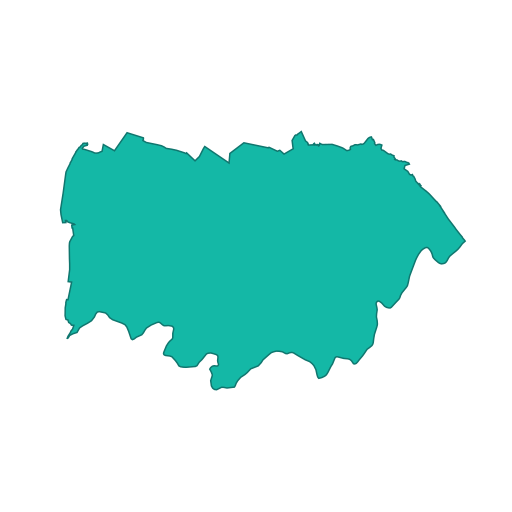 outline of Huanímaro, Guanajuato, Mexico, rotated 11°
{"feature_id": "50627088B31138177943412", "entity_name": "Huanímaro", "entity_type": "district", "adm_level": 2, "iso_a3": "MEX", "parent_name": "Mexico", "parent_adm1": "Guanajuato", "projection": "mercator", "projection_center": [-101.493, 20.365], "detail": "fine", "context": "isolated", "style": "filled", "palette": "teal", "viewbox_px": 512, "rotation_deg": 11, "n_neighbors": 0, "source": "geoboundaries", "source_scale": "gbopen_adm2", "svg_char_len": 6066}
<svg xmlns="http://www.w3.org/2000/svg" viewBox="0 0 512 512"><g transform="rotate(11 256 256)"><path d="M458.5,201.5L457.9,200.9L455.3,198.8L454.8,198.0L452.2,195.9L447.2,191.6L445.5,189.9L437.5,182.8L432.0,177.1L431.9,177.0L432.1,177.0L427.0,171.8L427.3,171.7L422.9,168.1L422.5,168.1L414.5,162.2L413.1,161.3L411.2,160.2L404.0,156.5L404.5,155.5L403.2,154.8L403.3,154.3L402.5,153.9L402.4,154.9L398.5,152.0L397.5,150.1L395.6,147.7L394.9,147.6L394.0,146.2L392.9,147.0L392.7,146.7L391.2,146.6L388.9,144.0L384.7,142.1L385.0,138.7L389.0,136.6L388.2,135.6L387.8,135.6L387.3,135.3L386.5,135.4L384.1,134.8L383.4,134.9L382.4,135.3L381.8,135.4L381.2,135.3L380.9,135.0L380.6,134.9L379.0,135.5L377.5,135.4L376.1,134.8L374.7,135.0L373.8,134.8L374.2,134.1L372.5,132.5L372.4,131.3L370.2,130.9L368.7,130.2L367.7,130.6L366.2,130.5L360.9,128.0L359.2,128.0L358.8,127.2L358.1,126.6L358.4,123.1L357.1,122.8L355.7,122.8L354.0,123.4L352.6,124.5L350.9,123.0L351.0,122.1L349.0,119.2L348.1,119.6L346.6,117.1L345.5,117.5L344.4,118.3L343.5,119.3L340.7,124.8L340.0,125.5L339.4,125.9L338.3,126.3L337.8,126.0L337.6,126.0L336.1,126.8L334.5,127.6L332.8,127.7L331.9,127.9L329.9,129.5L328.9,129.9L328.1,130.4L327.9,131.1L327.8,132.1L328.4,133.1L328.4,133.3L327.2,134.4L325.2,135.2L324.9,135.2L321.0,133.6L319.4,133.2L315.0,132.5L309.4,131.9L300.1,133.9L298.9,133.8L297.1,133.2L297.0,133.8L297.1,134.5L297.0,135.2L296.9,135.2L296.7,135.8L296.1,136.5L296.6,135.0L296.1,134.9L295.4,135.1L295.2,134.9L294.4,135.6L294.1,135.6L293.7,135.2L292.7,135.8L292.0,135.9L291.8,135.6L292.1,134.5L291.8,134.2L291.2,134.9L290.8,136.0L286.3,137.1L285.9,136.1L285.5,136.1L285.3,135.3L285.0,134.9L284.4,134.5L282.8,133.7L282.5,133.4L276.7,125.2L275.2,126.9L273.6,128.5L273.2,129.4L271.8,129.7L271.2,130.4L269.4,135.7L271.4,141.9L272.1,143.6L264.1,150.6L259.2,147.7L257.0,149.1L248.0,146.8L247.4,147.5L222.5,147.2L210.8,160.3L211.8,169.9L184.8,158.3L183.9,160.6L181.5,169.1L178.0,174.2L168.2,168.0L167.8,168.8L166.2,168.4L157.9,167.4L152.8,167.3L147.2,167.5L145.2,166.6L142.2,165.8L137.5,165.6L126.6,165.5L122.9,164.2L123.2,162.6L122.9,161.5L105.9,159.6L97.0,179.7L84.9,175.7L84.9,182.6L83.1,183.7L81.9,184.7L80.0,185.4L78.0,185.7L76.2,185.2L74.6,184.9L67.6,184.1L65.4,184.1L64.9,183.5L65.2,182.6L65.4,182.5L66.2,181.0L69.2,179.5L68.9,178.7L69.4,178.4L68.9,177.3L67.3,177.9L66.4,177.9L64.8,178.4L64.5,179.0L64.5,179.4L64.1,180.1L63.5,180.6L62.6,182.2L62.4,182.8L61.6,183.2L61.2,184.3L60.5,185.7L60.2,186.1L59.8,187.3L59.4,187.8L59.3,188.1L59.4,188.3L59.0,189.7L57.7,193.5L57.0,195.6L57.0,196.6L56.3,198.9L55.8,200.2L55.9,200.8L54.6,205.3L53.5,209.7L53.6,212.4L54.7,231.3L55.3,247.9L56.7,252.6L59.9,260.2L62.9,259.5L62.2,257.7L62.3,257.7L62.2,257.5L63.2,257.3L63.8,257.5L64.1,258.3L66.5,258.8L71.2,259.2L72.0,259.7L69.2,260.8L70.1,263.6L70.7,263.5L73.2,270.8L72.6,271.3L72.2,271.9L70.5,277.4L70.4,278.5L70.5,279.6L70.8,281.8L73.4,294.2L74.6,299.4L75.7,305.0L76.5,317.0L80.0,316.8L79.8,334.8L78.4,334.9L78.2,337.8L78.5,339.4L78.6,343.2L79.7,349.3L80.0,351.1L81.3,354.0L81.6,354.5L82.2,354.6L83.5,354.6L84.8,357.0L86.5,357.6L87.6,358.5L88.0,359.1L90.4,358.8L89.9,362.7L88.7,364.9L88.4,366.5L86.8,370.6L86.4,372.8L86.8,372.8L87.4,371.9L88.2,369.6L91.1,367.3L94.9,365.2L95.8,362.4L96.6,360.2L99.3,357.5L103.4,354.2L106.9,350.9L109.0,346.7L109.7,343.6L110.9,341.3L112.8,340.5L119.2,340.6L121.8,342.2L124.0,344.4L127.4,345.9L136.9,347.4L140.5,348.4L142.8,350.4L145.4,354.3L149.2,361.0L150.6,361.7L152.2,360.7L154.1,358.5L158.9,355.1L160.1,352.9L161.1,350.0L162.2,347.6L166.3,343.7L171.3,340.3L173.1,339.5L174.6,339.8L177.6,341.5L179.1,342.0L181.0,341.6L183.1,341.0L185.2,340.9L187.1,340.9L188.6,341.9L189.2,343.3L189.1,347.8L189.9,352.1L189.6,353.5L187.5,356.2L186.5,358.1L185.2,361.4L183.9,367.9L183.8,369.1L184.1,369.9L184.5,370.4L185.2,370.7L186.2,370.9L190.4,370.6L192.6,370.9L196.8,374.0L199.2,376.2L201.3,378.6L203.1,379.1L205.7,379.0L208.5,378.6L217.6,376.0L219.0,374.9L220.5,371.1L222.5,368.3L223.5,366.5L226.1,361.5L227.7,360.5L230.2,359.8L233.0,360.0L236.2,360.4L237.6,361.4L238.0,362.7L238.3,366.1L239.0,367.9L239.9,369.4L239.7,370.8L239.2,371.3L238.0,371.6L235.9,371.7L234.2,372.5L232.8,374.2L232.2,375.9L234.0,378.1L235.6,380.6L235.9,381.9L235.3,387.0L237.0,392.0L238.7,394.0L240.6,394.9L242.8,394.8L247.3,391.4L249.4,391.1L252.7,391.1L259.8,388.8L260.4,387.2L260.8,384.7L261.9,381.8L264.2,377.9L267.8,374.4L269.7,372.0L272.3,367.8L279.2,363.4L281.5,359.6L282.6,356.7L287.8,349.9L289.5,347.9L291.7,346.6L294.1,345.5L296.8,345.1L300.2,345.0L303.7,346.1L305.2,346.0L307.4,344.6L309.2,343.9L310.3,343.8L311.5,344.0L315.7,345.6L324.2,348.5L328.2,349.3L329.2,349.6L331.6,350.9L333.7,352.5L336.5,356.1L338.6,361.0L339.7,363.0L340.9,364.1L342.1,363.6L343.9,362.7L345.8,361.3L347.0,360.2L347.8,359.1L348.8,356.5L350.6,350.1L351.7,347.3L352.9,341.2L353.2,340.5L353.6,340.1L354.2,339.6L355.0,339.4L361.7,339.8L365.7,339.4L367.2,339.5L368.0,339.7L369.0,340.2L369.9,340.8L372.1,343.0L372.6,343.2L373.2,343.2L373.6,343.0L374.3,342.7L374.9,342.2L376.0,340.5L377.3,337.9L379.6,333.8L380.9,331.0L382.5,327.2L382.9,326.3L385.0,324.1L386.8,321.9L387.2,321.0L387.5,320.0L387.6,318.6L387.3,314.5L387.2,310.3L388.1,302.7L388.2,301.1L388.2,300.1L388.0,299.0L387.6,297.6L387.2,296.2L386.1,293.5L385.8,292.7L385.4,289.8L385.2,285.7L384.7,284.1L383.0,280.1L383.0,279.0L383.2,278.2L384.1,277.1L385.1,276.8L385.7,277.0L386.4,277.2L388.3,278.1L391.6,280.6L392.2,280.9L393.9,281.5L396.2,281.6L397.1,281.5L397.8,281.3L398.7,280.4L402.1,274.9L404.5,271.2L404.9,270.2L405.2,269.0L405.4,267.1L406.3,264.2L409.6,258.0L410.3,256.3L410.5,253.5L410.6,246.7L410.8,245.2L413.4,229.8L414.0,227.3L415.2,223.4L417.1,219.3L418.4,217.6L420.2,215.9L421.4,215.2L422.3,215.0L422.7,215.0L423.7,215.4L424.8,216.2L426.5,217.7L427.8,219.4L428.6,220.7L429.7,223.0L430.2,223.7L431.0,224.4L432.7,225.6L436.4,227.7L438.0,228.2L439.1,228.3L439.7,228.3L441.8,227.5L443.0,226.7L443.8,225.6L444.5,224.0L445.4,221.0L446.3,219.1L448.7,216.1L451.5,212.8L452.9,210.9L454.4,208.3L455.9,205.1L456.5,204.1L458.5,201.5Z" fill="#14b8a6" stroke="#0f766e" stroke-width="1.5"/></g></svg>